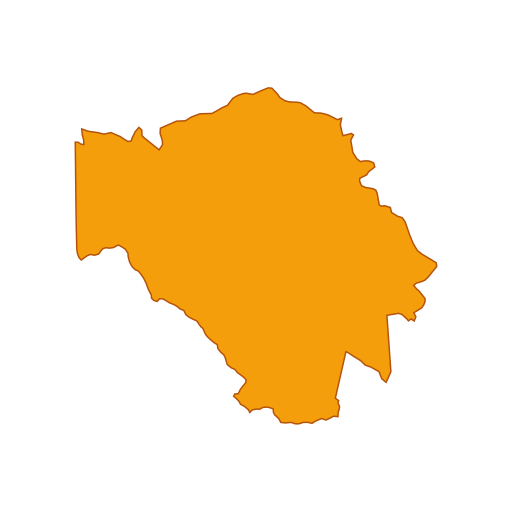 the district of Campos Sales, Ceará, Brazil, rotated 70°
{"feature_id": "56859067B21784925382268", "entity_name": "Campos Sales", "entity_type": "district", "adm_level": 2, "iso_a3": "BRA", "parent_name": "Brazil", "parent_adm1": "Ceará", "projection": "mercator", "projection_center": [-40.248, -6.944], "detail": "fine", "context": "isolated", "style": "filled", "palette": "amber", "viewbox_px": 512, "rotation_deg": 70, "n_neighbors": 0, "source": "geoboundaries", "source_scale": "gbopen_adm2", "svg_char_len": 3111}
<svg xmlns="http://www.w3.org/2000/svg" viewBox="0 0 512 512"><g transform="rotate(70 256 256)"><path d="M77.0,376.3L82.8,377.8L88.2,378.3L92.4,379.7L90.9,382.4L88.3,384.2L87.2,386.9L155.8,411.0L169.7,415.8L188.7,422.2L193.2,423.0L197.0,422.8L200.0,421.6L199.0,418.1L198.0,414.4L197.9,410.9L200.0,407.6L200.4,403.3L198.5,400.5L196.9,397.9L196.7,394.7L198.5,391.0L199.3,387.2L198.6,381.5L201.5,379.0L205.0,376.4L209.7,375.4L213.3,376.4L217.8,376.8L221.9,376.4L224.8,375.6L227.7,374.1L229.8,371.8L233.0,370.6L237.8,369.3L241.4,368.8L245.3,368.5L250.1,368.6L254.1,368.1L256.9,367.7L259.8,368.6L262.7,367.3L264.9,364.5L263.2,361.3L264.5,358.1L267.1,355.9L270.4,353.3L273.8,349.5L277.0,347.0L279.6,345.6L282.6,342.4L287.0,342.0L290.4,340.0L293.8,336.9L296.8,333.8L300.5,332.9L303.8,331.9L306.1,330.6L309.2,330.5L312.2,330.2L315.9,329.0L319.9,326.9L322.9,325.2L326.0,322.7L330.0,323.5L334.2,322.1L337.8,320.1L340.8,319.7L344.4,319.9L347.9,320.2L350.7,318.7L352.9,317.2L355.5,314.5L359.3,313.3L362.6,311.0L365.8,309.0L368.7,307.7L371.4,308.8L373.4,312.2L375.9,316.2L379.3,319.8L378.4,323.0L380.0,325.0L383.5,323.1L387.0,321.6L390.0,321.3L393.5,318.2L397.8,315.8L400.9,315.3L399.4,312.4L399.9,308.1L401.3,304.8L400.6,301.4L401.9,296.9L403.8,294.2L405.5,292.1L408.8,293.1L411.9,292.7L414.7,291.1L417.3,290.1L420.9,289.6L423.0,285.3L423.7,282.3L424.7,279.3L426.6,277.4L428.1,274.1L428.5,271.4L428.5,268.6L430.1,264.2L432.4,260.5L431.7,257.8L431.4,254.7L431.2,250.0L434.1,246.2L433.7,242.4L433.1,237.8L435.0,233.9L430.8,232.2L428.9,230.5L425.9,228.9L422.1,229.3L420.1,227.8L416.8,230.1L376.6,204.2L378.8,202.1L381.0,200.5L383.3,198.9L386.1,196.6L390.4,193.3L395.7,190.8L397.7,188.5L399.5,186.2L406.7,180.0L414.3,179.8L419.2,177.0L416.3,174.0L413.1,171.0L410.8,168.8L356.5,153.3L358.6,141.8L360.7,138.9L366.6,135.8L369.1,134.9L368.2,131.7L371.2,129.6L367.8,126.6L363.3,127.1L361.4,118.0L359.2,115.0L356.6,112.7L353.8,111.7L347.8,113.7L344.3,114.9L341.9,116.3L337.5,117.9L336.4,114.9L336.7,108.0L336.4,105.3L334.8,101.6L327.6,89.7L323.9,89.0L310.9,99.5L306.0,102.5L298.0,104.0L289.1,104.4L275.1,104.2L270.1,105.4L267.0,109.4L261.6,113.7L256.4,113.2L252.7,118.0L252.1,121.2L250.0,122.7L238.5,120.7L235.0,120.9L232.7,123.2L229.0,129.7L225.9,132.9L220.9,133.0L218.5,131.9L217.6,124.3L215.4,121.4L212.9,113.9L208.9,113.6L206.6,115.8L205.0,118.0L203.6,122.0L203.1,125.4L199.2,128.0L191.8,129.6L179.5,127.3L175.6,123.0L173.5,124.5L172.7,133.1L169.2,132.9L161.6,131.9L155.8,128.5L155.7,132.9L148.4,139.7L145.8,143.2L143.9,146.2L141.4,152.2L132.1,157.7L127.3,161.8L125.6,164.7L122.6,172.0L119.7,176.0L115.2,179.4L111.0,180.5L103.7,183.7L102.2,187.0L102.4,194.1L103.1,203.6L99.7,209.5L99.0,212.3L98.9,218.0L99.9,223.8L101.8,226.9L104.7,231.3L105.0,236.5L107.0,248.6L103.2,260.0L103.3,269.2L104.8,276.1L102.1,284.6L103.2,302.1L108.0,304.2L115.2,304.5L119.4,305.7L123.1,310.7L117.6,314.1L106.6,320.7L103.9,322.0L98.7,320.3L95.1,322.0L98.0,327.2L100.7,329.9L102.5,331.8L105.3,334.1L104.5,337.2L101.5,339.7L97.3,342.8L90.4,350.1L89.5,357.1L85.6,363.1L81.4,371.0L77.0,376.3Z" fill="#f59e0b" stroke="#b45309" stroke-width="1.5"/></g></svg>